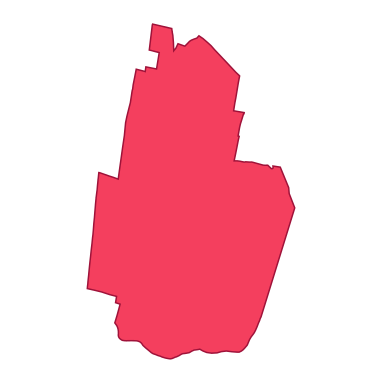 Atizapán, México, Mexico (Albers equal-area conic projection), rotated 271°
{"feature_id": "50627088B90969886119544", "entity_name": "Atizapán", "entity_type": "district", "adm_level": 2, "iso_a3": "MEX", "parent_name": "Mexico", "parent_adm1": "México", "projection": "albers", "projection_center": [-99.501, 19.175], "detail": "fine", "context": "isolated", "style": "filled", "palette": "rose", "viewbox_px": 384, "rotation_deg": 271, "n_neighbors": 0, "source": "geoboundaries", "source_scale": "gbopen_adm2", "svg_char_len": 2523}
<svg xmlns="http://www.w3.org/2000/svg" viewBox="0 0 384 384"><g transform="rotate(271 192 192)"><path d="M322.8,223.7L334.2,212.5L338.6,208.5L341.6,205.1L345.6,200.3L348.3,196.2L345.9,194.1L345.0,191.5L343.8,188.7L342.6,186.9L340.4,184.9L337.7,182.3L340.0,175.4L335.4,173.3L332.9,171.3L341.4,170.8L348.3,170.1L351.2,169.5L351.7,169.5L353.6,169.1L355.1,168.9L359.2,149.7L358.4,149.4L336.9,147.2L333.2,146.8L330.8,156.8L314.4,154.4L316.3,143.7L311.6,143.1L311.8,142.5L313.8,134.1L305.8,132.7L298.1,131.3L294.1,130.9L292.2,130.4L288.5,129.9L287.6,129.8L280.2,128.8L272.6,127.0L266.5,125.6L260.2,124.4L247.3,123.4L234.9,121.8L226.6,120.8L217.6,119.7L203.6,118.0L205.3,113.0L206.5,109.0L209.7,99.3L209.8,98.5L203.8,98.0L203.3,97.9L200.3,97.7L196.9,97.4L192.4,97.1L190.8,96.9L185.2,96.3L184.7,96.2L184.0,96.2L177.7,95.7L177.3,95.7L171.3,95.3L164.8,94.9L158.7,94.4L151.8,94.0L147.5,93.7L144.9,93.4L138.6,92.9L132.6,92.3L125.6,91.7L119.2,91.1L113.3,90.6L106.7,90.1L102.3,89.7L99.9,89.5L99.2,89.5L97.0,89.3L96.4,89.2L93.6,89.0L92.5,94.2L92.3,95.3L90.5,103.3L88.0,111.4L86.3,118.4L80.0,117.5L78.6,122.1L67.5,119.3L60.1,117.2L59.8,117.1L58.3,118.2L57.1,119.1L55.4,119.9L53.9,120.4L51.7,120.8L49.0,120.9L47.8,120.8L46.8,120.9L45.8,121.2L45.1,121.6L44.3,122.2L43.5,123.2L42.5,124.8L42.2,126.8L42.1,129.1L42.2,130.3L42.3,134.5L42.3,136.2L42.2,139.7L41.4,142.3L40.0,144.1L37.7,145.7L35.3,148.4L32.6,151.8L30.6,154.2L29.6,156.0L28.9,158.3L27.9,160.8L27.2,163.4L26.5,164.9L26.1,166.4L25.6,168.1L25.3,169.7L25.0,171.4L24.8,173.1L25.1,174.8L25.8,176.5L26.6,178.1L26.9,179.3L28.1,181.8L29.7,184.3L30.2,185.6L30.5,188.0L31.3,192.0L32.9,194.6L34.0,196.9L34.1,197.8L34.6,200.9L35.0,202.5L33.2,205.8L31.8,209.5L31.2,214.5L31.6,219.9L32.9,224.1L33.6,229.1L33.0,234.5L32.7,239.7L32.7,241.9L33.8,244.1L35.1,245.8L36.7,247.3L39.9,249.9L45.4,252.1L48.2,253.7L50.5,255.4L52.4,256.7L54.8,257.9L58.4,259.4L62.3,260.8L64.6,261.8L66.6,262.4L68.3,263.2L123.1,279.1L177.9,295.0L192.1,289.2L198.0,288.6L218.4,279.8L219.4,272.5L218.1,272.6L217.5,272.7L216.9,272.1L216.7,271.5L216.9,270.7L220.1,267.3L220.0,264.4L220.1,262.7L222.7,252.6L223.0,251.1L222.9,249.5L223.1,245.1L222.8,243.7L223.6,239.5L223.9,236.8L223.9,233.6L230.8,234.9L234.6,235.6L244.8,237.4L248.5,238.2L248.8,237.1L257.0,238.4L258.5,238.7L259.9,239.0L261.2,239.3L265.2,240.5L269.1,241.6L271.1,242.2L271.1,242.6L272.3,242.8L273.2,237.0L273.9,232.2L281.8,233.3L287.0,234.2L302.0,236.4L308.9,237.6L312.5,233.7L322.2,224.3L322.8,223.7Z" fill="#f43f5e" stroke="#9f1239" stroke-width="1.5"/></g></svg>